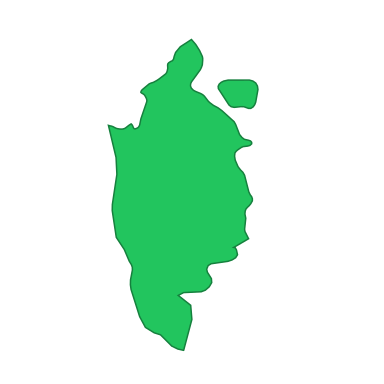 outline of Vaucluse, rotated 57°
{"feature_id": "FRA-5352", "entity_name": "Vaucluse", "entity_type": "Metropolitan department", "adm_level": 1, "iso_a3": "FRA", "parent_name": "France", "parent_adm1": "", "projection": "natural_earth1", "projection_center": [5.058, 44.047], "detail": "fine", "context": "isolated", "style": "filled", "palette": "green", "viewbox_px": 384, "rotation_deg": 57, "n_neighbors": 0, "source": "natural_earth", "source_scale": "10m", "svg_char_len": 2367}
<svg xmlns="http://www.w3.org/2000/svg" viewBox="0 0 384 384"><g transform="rotate(57 192 192)"><path d="M320.2,285.2L320.2,285.3L316.0,289.4L310.2,292.9L294.6,296.2L289.5,300.4L280.2,304.8L268.1,303.8L240.6,296.2L236.3,294.2L232.2,291.4L225.0,284.5L222.5,283.0L219.8,282.4L215.9,282.3L203.3,280.1L188.8,280.2L164.1,269.0L159.1,265.6L136.3,245.4L121.7,236.9L90.6,225.8L92.1,224.5L92.6,223.9L94.1,222.7L97.0,221.1L98.4,219.9L99.9,218.2L101.1,216.5L101.6,215.4L101.9,214.3L102.1,213.1L101.7,208.7L101.7,206.9L101.7,206.2L101.8,205.9L102.8,205.7L103.6,205.7L104.6,205.8L105.0,205.9L106.3,206.1L107.0,206.1L107.4,206.0L107.6,205.9L107.8,205.7L108.1,205.3L108.3,204.5L108.5,203.4L108.6,202.2L108.2,200.9L107.3,199.4L102.8,195.0L91.8,181.0L90.7,180.0L89.1,179.4L87.8,179.2L85.2,179.0L84.1,179.2L83.1,179.6L81.3,180.5L80.5,180.6L79.7,179.7L79.1,178.2L78.0,169.1L78.2,167.7L78.4,166.7L78.7,165.8L79.0,164.6L79.3,160.9L79.3,158.6L78.6,149.7L78.1,148.4L77.2,147.1L75.1,145.0L72.2,143.3L71.3,142.4L70.9,141.1L70.9,138.7L71.2,137.3L71.0,136.2L70.3,134.9L68.4,132.9L66.0,129.7L63.8,122.7L63.8,109.4L70.4,108.5L77.5,108.6L83.9,109.5L85.7,110.2L87.5,111.4L91.0,114.1L92.7,116.3L94.0,118.5L99.3,132.3L100.4,134.1L102.2,135.5L104.4,136.0L107.5,135.4L109.8,134.1L114.1,131.1L116.2,130.0L118.4,129.4L124.7,128.9L126.8,128.4L131.1,126.8L135.6,124.3L140.1,122.6L156.0,118.4L159.1,118.6L169.7,120.8L173.5,120.4L176.3,119.4L179.5,116.3L181.1,115.1L182.8,114.9L184.1,115.7L184.5,118.1L183.8,120.3L181.8,124.4L181.5,126.5L181.6,130.8L181.9,132.8L182.7,134.8L185.2,136.8L188.8,138.4L195.8,139.6L199.9,139.3L203.2,138.6L206.6,138.8L222.9,144.3L226.1,144.7L228.3,144.5L230.5,145.0L232.3,146.2L233.8,149.0L234.6,151.4L235.0,153.7L235.6,155.9L236.9,157.7L239.3,159.6L243.3,161.2L251.8,168.1L253.9,169.1L262.0,170.0L261.2,187.2L262.3,186.1L264.9,186.3L269.4,188.0L270.9,191.2L270.8,195.4L269.7,199.7L262.6,215.0L262.5,218.5L264.7,221.7L267.7,222.8L275.2,222.9L278.7,224.8L280.9,229.2L281.6,234.3L280.7,238.6L271.8,253.8L271.2,259.9L286.3,254.8L298.8,261.5L320.2,285.2L320.2,285.2ZM135.3,79.2L138.8,79.4L142.0,80.9L151.3,89.6L152.9,91.8L153.9,94.3L153.9,97.2L152.6,99.1L148.8,102.0L147.0,104.6L144.0,110.5L141.8,112.7L139.2,113.6L119.7,113.6L117.6,112.5L116.3,110.4L115.9,107.8L116.2,105.0L117.8,100.8L129.4,82.9L132.1,80.5L135.3,79.2Z" fill="#22c55e" stroke="#15803d" stroke-width="1.5"/></g></svg>